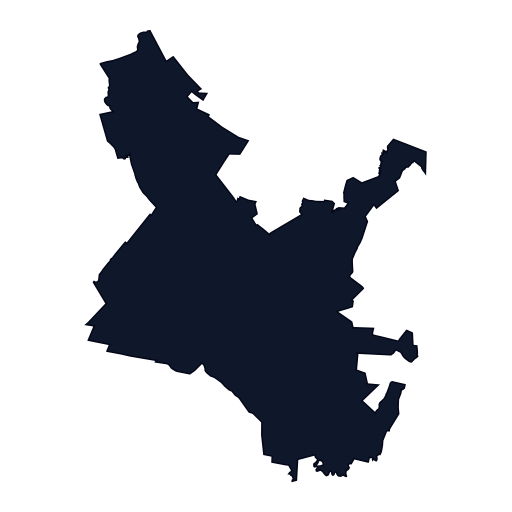 Ixtlahuaca, México, Mexico
{"feature_id": "50627088B15335958554476", "entity_name": "Ixtlahuaca", "entity_type": "district", "adm_level": 2, "iso_a3": "MEX", "parent_name": "Mexico", "parent_adm1": "México", "projection": "natural_earth1", "projection_center": [-99.782, 19.602], "detail": "fine", "context": "isolated", "style": "filled", "palette": "ink", "viewbox_px": 512, "rotation_deg": 0, "n_neighbors": 0, "source": "geoboundaries", "source_scale": "gbopen_adm2", "svg_char_len": 6064}
<svg xmlns="http://www.w3.org/2000/svg" viewBox="0 0 512 512"><path d="M351.2,463.7L353.6,459.5L353.8,458.6L368.0,462.0L368.1,461.7L368.4,461.7L369.1,457.7L372.1,457.5L373.0,458.7L372.5,459.6L372.7,460.1L373.6,458.9L374.9,460.1L375.6,460.6L376.4,460.7L377.0,459.2L376.9,458.4L377.0,457.8L376.5,457.3L376.8,455.9L378.9,454.3L380.0,454.5L380.2,453.7L380.8,452.9L381.4,451.0L382.4,445.2L382.7,440.5L386.6,430.8L389.2,430.8L389.5,428.8L398.7,413.8L398.1,407.4L398.4,399.4L400.8,393.1L401.3,389.9L402.3,389.6L402.1,389.4L402.5,389.5L404.3,388.1L405.0,384.7L392.2,381.8L391.1,382.3L390.4,383.1L389.2,387.0L386.6,393.8L386.5,393.3L385.8,395.6L384.3,398.6L379.8,402.9L379.2,404.5L379.4,406.1L378.9,408.7L376.6,410.6L375.2,413.0L361.9,400.7L378.3,385.0L367.4,384.0L365.0,373.2L356.3,370.1L357.7,354.6L356.6,353.1L390.9,354.8L393.5,353.0L395.8,349.7L400.8,352.2L403.3,356.3L404.9,358.1L409.1,361.3L411.1,362.0L411.5,361.9L414.6,358.7L416.7,357.3L417.7,356.2L417.1,355.3L417.4,352.4L416.8,345.9L414.6,345.8L412.9,345.2L412.3,333.0L411.7,332.7L406.6,330.4L399.3,339.6L398.6,341.3L372.6,335.0L372.5,332.5L373.5,328.4L353.0,327.7L351.7,322.0L337.3,312.0L337.0,311.4L352.3,306.7L353.1,301.1L351.6,300.0L363.3,288.4L362.9,287.6L361.7,286.4L349.4,277.1L350.2,274.8L352.3,272.5L352.7,271.7L352.2,262.3L352.2,259.4L352.5,258.0L352.9,257.5L354.9,252.6L357.2,248.2L357.5,246.8L360.2,242.3L362.0,238.1L367.4,221.5L365.1,216.5L373.9,204.5L376.5,208.1L398.2,190.6L395.1,181.2L399.5,177.9L402.3,170.7L405.0,168.6L405.2,167.8L406.9,167.0L408.4,166.9L409.2,165.7L410.1,165.1L410.0,164.7L411.5,163.3L411.9,162.4L412.9,162.5L413.5,161.4L414.5,160.7L415.5,161.9L421.7,166.8L422.0,168.7L423.0,169.7L423.1,170.5L424.4,171.8L425.4,173.3L426.0,152.0L393.5,139.4L387.8,146.0L387.5,147.3L387.9,149.7L386.9,151.3L386.5,152.9L385.7,151.5L383.5,150.3L383.6,151.8L383.0,151.7L383.0,152.8L383.5,153.3L382.9,154.3L382.1,153.7L382.3,154.5L382.2,155.0L381.0,155.7L381.1,156.4L380.5,156.7L380.0,158.8L380.0,159.8L380.5,160.0L380.9,160.9L381.9,161.4L381.1,162.2L381.4,163.3L380.9,163.8L380.8,164.8L380.2,165.6L380.8,166.0L380.4,167.2L379.1,167.7L379.2,168.4L380.0,168.7L379.6,169.1L379.6,169.7L380.2,169.9L380.3,170.3L379.6,170.2L379.5,171.0L379.9,171.3L380.1,172.2L379.2,172.4L379.3,173.1L379.0,173.6L379.6,174.0L380.0,174.9L378.8,176.1L378.8,176.6L361.8,183.0L353.2,177.7L347.3,180.4L347.0,180.7L345.6,185.4L343.7,193.0L344.1,193.3L344.0,196.2L344.2,201.5L348.2,203.1L348.3,203.4L344.5,208.2L338.9,207.8L338.7,208.3L339.3,209.7L339.0,209.9L337.0,210.0L337.4,208.4L336.4,208.8L336.1,210.0L335.0,209.9L334.4,210.9L333.4,210.5L333.8,211.8L332.4,212.0L332.8,210.2L332.4,210.0L334.3,203.6L332.0,201.4L324.6,200.3L324.3,201.7L315.7,201.5L312.9,200.9L308.6,200.5L303.7,198.4L302.4,201.2L302.8,203.2L301.7,204.3L302.5,206.3L300.6,207.4L300.0,208.5L299.8,211.8L302.0,214.5L271.5,232.5L270.1,233.4L269.9,235.0L264.2,230.1L257.3,224.7L256.1,225.4L251.6,217.9L257.1,213.8L254.8,204.2L255.9,201.7L248.4,200.3L240.1,196.8L239.3,199.4L237.9,198.5L237.1,201.5L236.4,201.7L235.8,201.3L233.0,197.1L215.7,174.8L223.6,162.2L229.1,153.9L239.8,154.1L248.2,140.8L238.1,137.3L221.7,127.1L208.1,116.8L209.0,114.8L196.6,109.0L198.3,102.4L192.9,102.8L186.9,96.7L191.6,91.3L195.0,94.2L203.0,100.0L206.8,93.5L198.8,93.1L197.0,91.2L200.9,88.9L187.8,75.4L173.2,56.8L166.2,61.5L149.9,30.7L147.3,31.2L146.9,32.2L146.4,32.4L143.8,32.2L140.4,33.2L138.2,34.9L137.8,36.3L138.8,38.7L139.4,41.5L138.0,44.5L137.4,46.8L137.8,49.8L136.7,51.5L129.9,54.7L119.3,58.6L112.8,60.7L106.9,61.8L100.4,63.6L100.4,64.3L109.5,78.5L109.1,80.0L109.7,85.5L109.6,86.1L108.3,87.8L109.0,89.2L108.9,90.1L108.2,91.7L108.2,93.8L108.4,93.9L108.5,94.7L108.3,95.6L108.0,96.7L107.5,97.3L106.1,97.4L104.7,98.9L104.5,100.0L105.0,102.1L106.5,104.1L108.1,105.6L109.8,105.7L109.9,107.5L110.4,108.7L113.2,111.7L100.0,114.5L107.6,141.1L109.1,142.2L113.9,147.0L115.3,149.2L117.9,158.2L120.7,157.7L121.3,157.9L122.1,157.4L124.0,158.9L125.0,158.8L125.3,158.4L125.3,157.5L126.6,157.1L126.9,157.3L127.9,157.1L127.8,156.6L127.5,156.3L126.5,156.4L126.0,155.9L126.1,155.5L126.9,155.7L128.3,155.0L128.9,155.3L129.8,153.8L130.1,157.3L131.5,164.0L135.3,174.9L135.1,175.0L136.2,178.7L137.6,182.1L137.9,182.0L139.8,187.1L143.2,192.7L147.0,196.4L149.6,199.9L156.5,207.3L151.3,215.4L150.0,214.4L126.9,243.4L125.3,242.2L115.4,254.1L112.2,258.4L111.6,258.5L110.9,259.1L110.5,259.7L110.5,260.6L108.2,263.2L102.6,270.1L102.1,271.2L99.4,274.6L98.7,280.8L96.9,282.1L95.6,282.3L94.0,281.5L93.5,282.4L105.8,302.9L106.6,303.2L88.5,322.4L86.0,324.6L94.3,325.9L88.3,340.2L109.7,344.5L107.0,351.2L121.4,353.9L130.1,355.9L156.5,360.4L155.5,361.9L167.2,363.7L169.2,364.9L171.3,367.9L172.0,368.5L175.7,370.8L177.6,371.4L189.8,373.8L194.6,370.4L201.9,363.1L203.1,364.0L204.2,365.6L205.1,368.4L205.2,370.5L205.6,371.3L207.1,373.0L210.6,375.9L214.2,377.2L218.6,380.2L221.7,382.6L224.9,386.2L229.4,390.0L231.9,391.0L235.5,395.4L237.8,396.7L239.6,398.5L249.1,412.0L253.0,413.3L261.9,422.1L261.8,435.3L263.9,454.4L272.2,456.1L272.0,462.1L285.1,464.6L289.0,465.1L289.3,466.2L291.3,469.5L291.7,471.5L289.8,472.4L288.8,473.8L289.6,473.8L291.0,475.3L292.3,475.9L293.3,478.7L293.0,479.8L292.2,480.2L292.2,481.3L296.4,480.2L297.6,459.4L315.3,454.7L315.2,456.4L315.4,457.2L317.1,458.8L317.5,459.4L317.5,460.2L315.8,462.5L314.5,463.3L313.8,464.1L314.0,466.4L314.8,466.9L316.0,466.5L317.0,464.1L317.8,463.0L318.4,461.3L318.8,460.7L319.5,460.3L320.5,460.4L322.0,461.2L322.6,461.8L323.2,463.1L322.9,465.5L321.3,465.6L320.2,466.2L319.0,466.0L317.6,466.4L317.4,467.8L316.1,469.8L316.3,470.8L316.7,471.1L317.7,471.1L319.7,470.2L321.1,470.3L322.7,471.6L325.4,475.0L326.5,475.6L327.8,475.1L328.4,474.4L329.4,471.9L329.8,471.4L330.8,471.1L331.4,471.6L332.1,474.4L332.7,475.1L333.2,475.1L333.7,474.8L334.6,472.9L335.4,471.9L336.0,471.8L336.5,472.3L337.1,474.3L337.8,475.3L338.6,475.9L340.7,476.2L343.0,475.0L345.8,476.4L346.4,476.4L346.4,475.9L345.7,473.6L346.0,471.2L346.4,470.5L348.3,469.3L349.1,468.0L349.1,467.4L348.1,465.7L348.2,465.0L348.9,464.0L349.6,463.6L351.2,463.7Z" fill="#0f172a" stroke="#020617" stroke-width="1.5"/></svg>